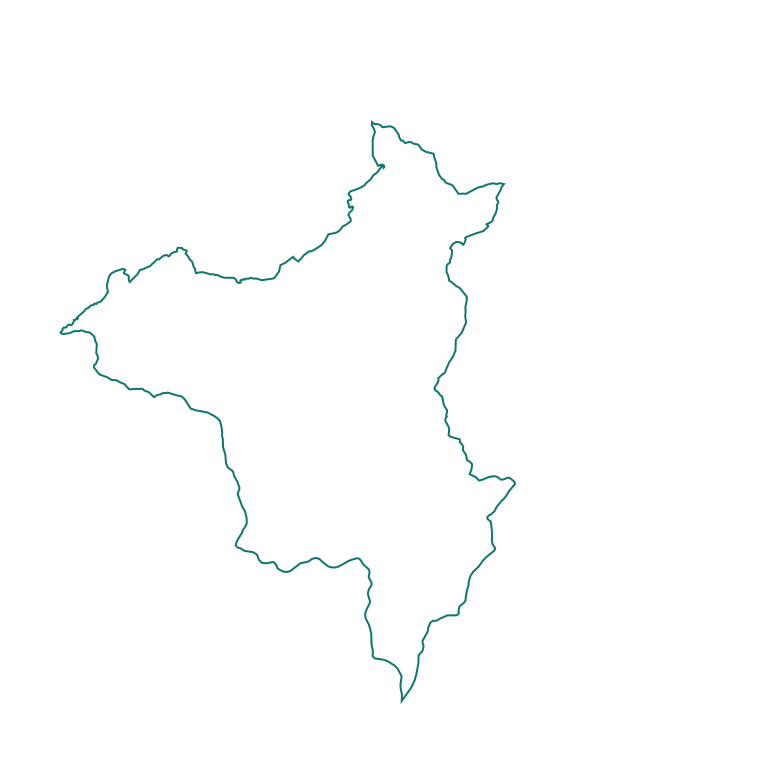 the district of Aranzazu, Caldas, Colombia, rotated 51°
{"feature_id": "7082276B40777763958503", "entity_name": "Aranzazu", "entity_type": "district", "adm_level": 2, "iso_a3": "COL", "parent_name": "Colombia", "parent_adm1": "Caldas", "projection": "natural_earth1", "projection_center": [-75.49, 5.279], "detail": "fine", "context": "isolated", "style": "outline", "palette": "teal", "viewbox_px": 768, "rotation_deg": 51, "n_neighbors": 0, "source": "geoboundaries", "source_scale": "gbopen_adm2", "svg_char_len": 6165}
<svg xmlns="http://www.w3.org/2000/svg" viewBox="0 0 768 768"><g transform="rotate(51 384 384)"><path d="M641.5,569.7L637.2,554.2L633.7,546.9L630.3,542.0L622.6,532.9L616.8,528.1L615.6,522.4L614.8,520.8L612.6,518.2L609.3,516.8L607.8,515.6L604.1,506.2L601.3,503.0L598.8,498.7L598.7,495.4L601.1,491.9L601.5,488.5L603.6,480.5L609.0,473.7L609.6,472.6L609.6,471.2L609.2,470.1L606.9,468.5L604.4,465.4L604.3,459.8L603.6,456.9L600.6,454.1L596.6,449.4L593.7,445.1L590.9,442.5L587.4,437.3L586.0,432.6L585.5,425.5L583.6,418.5L582.9,414.0L582.9,404.1L582.5,402.1L581.3,400.9L577.2,400.5L573.9,399.0L567.7,393.7L558.7,387.9L557.6,387.6L554.4,388.5L552.7,387.8L552.1,385.5L552.6,382.9L552.4,377.9L550.5,374.2L548.9,366.6L548.5,361.6L545.8,353.6L544.2,345.3L542.9,344.4L541.6,344.3L535.9,345.4L534.5,347.2L533.4,351.1L532.1,353.1L531.4,353.6L528.7,354.0L525.9,355.4L523.7,358.2L522.1,361.6L520.2,368.1L518.8,370.9L514.3,371.2L508.0,374.2L505.3,369.6L501.6,365.9L498.0,366.4L495.5,367.4L490.4,364.8L485.2,364.4L482.5,361.8L479.1,361.3L477.1,361.6L474.7,359.9L467.3,365.2L464.4,366.0L460.1,361.7L457.5,360.6L451.8,359.7L450.2,358.8L448.9,356.8L448.9,355.8L447.7,355.6L445.4,352.6L444.0,351.5L439.9,351.1L437.2,350.3L430.4,346.7L427.3,347.4L424.5,347.0L420.9,348.2L419.3,347.6L418.3,346.2L416.5,340.9L415.3,339.2L413.6,338.2L413.2,332.5L413.6,331.0L413.2,328.9L410.9,325.1L408.1,319.4L406.1,313.1L403.0,307.4L395.2,300.7L394.5,299.6L393.1,291.4L387.8,281.4L382.1,278.0L379.9,275.7L375.1,272.0L371.0,266.9L368.2,264.7L357.3,264.7L352.9,266.3L346.9,267.4L345.1,268.4L339.7,265.7L336.5,265.1L331.5,260.9L331.0,258.8L331.1,256.0L328.9,254.6L328.2,252.2L323.7,247.5L322.3,246.9L320.5,247.3L320.0,246.9L318.6,242.6L319.0,238.8L319.9,237.5L322.5,235.3L325.5,235.0L325.7,234.6L324.4,231.5L323.1,229.6L321.7,229.1L321.4,228.1L325.0,217.1L327.7,210.7L327.2,204.1L326.8,203.4L324.8,204.0L324.3,203.5L325.4,200.1L325.5,197.7L325.2,196.5L323.4,194.5L322.0,190.4L319.1,186.1L317.7,184.7L316.9,184.6L314.2,180.4L311.9,180.3L309.8,179.2L306.7,171.5L305.2,169.2L304.1,165.0L301.3,167.2L300.4,168.3L300.2,169.5L298.7,171.4L297.1,172.4L295.8,174.4L293.6,179.1L292.8,182.5L290.4,187.4L287.9,200.4L284.9,203.8L284.0,205.4L282.8,206.4L274.0,205.8L271.8,206.1L267.9,208.5L265.6,209.4L263.0,209.0L261.3,209.8L256.3,209.7L249.0,207.1L244.4,204.0L238.4,201.9L237.1,200.8L236.0,200.8L230.2,205.1L225.7,207.1L219.3,206.8L216.2,209.6L212.7,211.0L211.4,212.8L210.1,216.0L206.9,216.2L205.5,217.5L201.6,216.8L199.1,215.6L191.2,215.1L188.3,216.5L187.2,217.6L183.5,223.6L180.3,223.9L177.9,225.5L176.2,227.7L172.9,228.5L175.1,230.5L180.2,231.5L182.4,232.4L185.6,237.3L188.1,240.0L199.5,249.0L210.7,251.3L211.9,248.0L212.7,247.2L214.4,246.6L215.6,247.4L215.7,248.2L214.4,247.3L213.5,247.5L213.5,249.1L215.3,256.2L215.1,261.0L216.6,265.7L216.6,270.7L217.2,274.1L216.7,278.6L214.9,284.4L213.2,288.4L213.7,291.6L214.8,292.3L216.9,291.9L219.8,293.1L220.0,294.3L218.9,295.8L218.9,296.8L219.5,297.6L222.5,298.5L224.5,299.8L225.5,299.6L225.7,297.5L226.2,296.9L227.2,296.8L229.0,299.9L229.0,302.8L230.1,305.2L234.6,306.0L236.6,307.5L236.3,313.0L235.6,316.9L236.7,321.9L236.7,324.4L235.6,327.5L232.7,332.9L235.6,339.9L236.7,344.9L235.8,354.4L235.0,357.1L233.9,358.5L233.6,362.9L233.4,365.5L234.2,368.5L234.8,373.6L229.7,374.9L228.0,374.6L227.6,384.7L226.5,389.6L230.6,395.0L232.4,401.7L232.5,403.3L226.3,413.8L222.3,416.3L219.7,419.3L217.4,420.9L217.3,422.3L215.4,424.8L215.3,426.5L214.0,427.2L214.0,428.6L213.2,429.7L213.2,430.5L215.0,431.6L213.9,433.5L212.4,433.9L208.6,433.4L206.5,434.3L201.0,441.2L196.5,444.1L194.6,444.6L193.0,446.7L191.5,447.3L189.7,449.7L182.8,454.7L180.4,458.4L179.8,460.3L179.1,460.3L175.5,458.4L173.1,458.2L168.3,456.1L164.8,456.6L161.1,455.9L157.8,456.2L157.0,454.1L156.3,453.5L154.8,454.1L153.5,455.3L152.3,455.6L151.5,455.3L148.6,458.0L148.5,459.3L150.7,461.6L149.4,464.1L148.8,466.5L149.4,470.6L149.2,471.2L147.0,471.7L145.5,474.7L145.5,479.7L145.2,481.0L144.3,481.8L145.1,491.6L142.9,499.8L141.7,501.9L143.5,506.3L144.7,517.5L142.4,516.8L139.8,514.6L138.4,514.6L134.4,516.5L133.6,516.0L132.7,513.3L130.4,514.1L127.4,521.5L126.5,525.8L126.8,528.4L127.7,530.5L133.3,537.7L138.7,540.6L140.6,545.9L141.7,552.3L140.4,555.7L140.8,557.1L139.3,558.4L139.9,559.9L138.5,562.4L138.8,565.5L138.1,568.3L138.8,571.6L139.1,580.1L140.2,580.5L140.7,581.4L139.5,582.0L140.0,583.8L139.1,584.8L140.2,585.7L141.5,588.8L141.4,590.0L139.6,591.4L139.4,593.2L140.0,595.4L138.7,597.5L138.7,599.0L139.9,600.0L140.4,603.0L142.3,602.6L143.3,601.7L146.8,596.1L147.3,593.4L148.2,591.2L151.1,587.5L152.1,585.1L155.9,583.0L157.8,581.0L159.6,580.0L164.8,579.3L168.6,581.3L171.2,581.7L172.9,582.6L179.0,588.3L181.5,588.7L184.4,590.3L186.9,595.1L187.1,597.7L188.0,598.7L189.1,599.1L197.5,599.1L205.2,594.5L209.3,593.3L212.7,589.5L216.4,588.2L220.7,585.7L227.7,585.4L235.7,574.7L238.2,574.4L242.4,571.9L249.5,571.0L249.7,567.4L251.3,564.2L252.0,561.4L254.3,558.6L254.4,557.6L261.5,552.9L266.4,549.0L270.4,548.5L281.4,549.7L286.4,546.5L295.0,539.1L302.5,535.9L307.1,534.8L309.6,534.8L314.4,536.9L319.5,540.0L322.9,542.9L325.0,543.7L331.8,548.8L339.1,551.8L345.9,556.5L349.4,557.7L352.0,557.7L354.9,556.7L357.2,556.5L361.4,558.4L367.7,559.5L373.6,561.6L374.8,562.7L377.3,566.9L389.6,571.2L395.9,572.3L401.5,575.0L405.8,578.2L407.8,582.3L408.7,585.6L410.3,588.0L412.4,594.4L414.4,598.7L416.1,600.8L419.2,600.5L421.7,598.8L425.8,597.5L432.1,591.8L435.7,590.3L437.8,590.3L441.8,591.9L446.2,591.4L449.3,588.3L452.2,582.7L453.6,581.6L457.6,581.7L459.3,582.6L461.0,582.6L466.5,580.4L469.0,577.5L470.4,574.5L470.7,561.7L474.4,554.6L474.6,550.5L475.6,547.5L476.9,545.9L479.5,544.3L483.0,543.9L490.6,542.1L492.9,540.7L495.1,538.4L496.1,537.0L497.4,533.7L499.2,523.1L500.4,519.2L502.5,514.5L503.5,513.6L505.1,513.0L512.3,513.6L517.3,512.6L519.3,512.7L521.1,513.6L524.5,517.5L529.9,518.5L531.7,519.5L532.7,520.9L533.8,524.4L535.8,527.4L537.7,529.0L544.4,531.8L545.3,533.0L548.9,540.7L551.2,543.7L554.7,545.8L561.7,547.2L569.4,550.6L579.1,558.0L584.1,560.4L588.4,564.0L591.3,564.0L598.1,557.7L602.0,555.5L609.3,553.0L613.7,552.6L622.2,554.2L627.8,560.2L630.7,562.4L636.8,565.6L641.5,569.7Z" fill="none" stroke="#0f766e" stroke-width="2"/></g></svg>